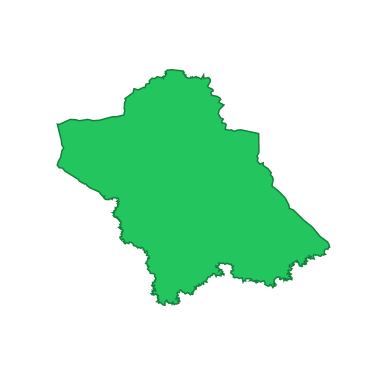 Khok Si Suphan, Sakon Nakhon, Thailand (Natural Earth projection), rotated 103°
{"feature_id": "78962969B94983517253563", "entity_name": "Khok Si Suphan", "entity_type": "district", "adm_level": 2, "iso_a3": "THA", "parent_name": "Thailand", "parent_adm1": "Sakon Nakhon", "projection": "natural_earth1", "projection_center": [104.331, 17.029], "detail": "fine", "context": "isolated", "style": "filled", "palette": "green", "viewbox_px": 384, "rotation_deg": 103, "n_neighbors": 0, "source": "geoboundaries", "source_scale": "gbopen_adm2", "svg_char_len": 6011}
<svg xmlns="http://www.w3.org/2000/svg" viewBox="0 0 384 384"><g transform="rotate(103 192 192)"><path d="M225.7,53.9L225.6,52.0L223.7,51.4L223.9,49.8L222.7,47.9L222.0,49.3L218.7,49.8L217.3,48.6L217.2,46.7L215.1,46.3L214.8,45.5L211.9,47.1L210.1,48.8L206.6,57.1L199.1,66.9L194.8,75.9L186.6,89.4L186.1,93.6L183.0,94.6L176.8,99.9L172.8,106.0L168.0,115.5L161.5,115.7L159.2,117.0L157.5,119.6L155.5,119.1L152.2,123.2L150.1,128.7L147.5,129.2L149.7,132.3L146.9,135.4L143.8,135.4L142.8,136.8L138.3,135.7L120.1,140.2L120.4,158.0L121.3,161.3L123.4,164.3L122.6,168.0L123.5,169.6L123.5,173.8L118.6,173.9L117.8,175.0L117.9,178.5L116.6,178.9L113.9,177.9L113.4,180.8L109.8,184.0L105.6,183.9L100.0,180.4L98.8,185.6L97.4,186.2L95.4,184.8L94.1,186.1L93.2,189.2L93.3,194.5L91.0,196.0L89.8,195.7L88.9,194.2L88.0,194.3L87.2,195.4L86.5,199.5L85.4,200.6L80.3,199.0L78.6,199.3L77.1,200.8L76.9,201.9L78.8,206.0L75.4,207.0L79.9,208.5L78.8,212.1L79.7,213.3L78.6,214.0L80.2,216.1L80.4,217.1L79.8,217.4L80.8,218.3L80.3,219.0L81.5,219.4L81.9,220.7L81.5,223.9L80.7,223.9L80.5,224.8L79.7,224.5L79.9,225.3L78.9,225.5L78.6,227.1L77.2,227.4L77.0,226.8L76.1,227.9L77.4,239.0L78.8,243.5L80.9,245.1L81.4,244.4L82.3,244.7L82.1,243.8L82.8,243.4L83.3,244.1L85.2,244.1L85.6,245.7L87.6,245.4L86.5,246.6L87.5,247.3L87.5,251.9L89.8,253.6L90.1,256.5L93.2,258.6L95.6,257.8L97.4,261.1L100.8,261.2L100.9,262.7L104.6,267.4L104.4,271.8L108.4,271.6L116.1,278.3L117.4,277.2L120.4,277.7L126.0,276.8L127.4,275.8L132.3,275.8L135.5,282.1L136.8,286.9L142.8,298.1L144.8,304.4L144.7,309.8L147.9,317.8L147.8,321.7L148.7,327.0L156.1,336.6L156.2,338.5L170.9,331.0L175.0,329.6L178.1,326.9L180.7,328.0L188.0,327.8L191.8,329.0L196.1,329.4L198.2,326.8L197.8,323.6L200.2,320.5L205.3,305.5L206.7,304.3L208.4,298.4L208.0,296.8L209.4,295.7L211.0,292.0L212.8,282.4L215.4,279.5L216.4,277.5L216.0,276.3L217.3,276.8L218.7,274.7L218.1,271.2L217.0,270.8L217.0,268.7L216.3,268.6L216.8,268.0L215.7,267.9L214.7,265.6L214.7,264.3L215.4,264.0L214.6,262.8L216.1,261.7L218.0,263.1L218.0,261.2L220.0,262.4L220.7,261.6L220.5,260.8L221.7,261.4L222.8,260.9L224.3,262.4L225.5,262.2L224.9,263.1L227.4,262.6L228.0,263.9L229.5,263.3L229.8,264.2L230.0,263.2L230.5,263.8L231.9,262.6L232.6,263.4L233.7,262.2L234.0,260.5L233.2,260.2L233.4,259.1L233.8,258.4L234.5,258.8L235.1,257.3L235.9,257.9L235.3,256.6L236.8,255.7L236.6,254.7L239.5,254.1L239.8,255.0L240.8,254.2L240.5,253.6L241.4,254.3L242.0,253.6L242.2,254.1L242.6,253.2L243.1,255.1L244.0,253.5L243.4,252.7L244.4,252.4L244.7,250.6L246.6,250.8L246.7,251.6L248.4,250.8L248.9,251.7L251.1,250.4L252.0,252.1L253.4,251.5L254.8,249.6L253.3,249.0L253.6,248.0L254.7,247.0L255.7,247.8L255.9,246.8L256.7,246.8L257.5,245.5L256.1,244.9L256.5,241.9L255.0,241.8L254.8,239.7L256.0,237.5L257.4,236.8L257.2,234.5L258.7,232.2L257.9,231.5L258.4,229.1L257.4,229.0L257.4,227.5L258.4,226.4L259.2,226.6L259.3,225.4L261.6,224.6L261.8,223.6L261.1,224.0L259.5,222.7L260.9,221.7L264.0,222.0L263.9,219.8L265.6,218.8L266.0,220.0L266.7,220.2L266.8,219.4L271.9,221.1L272.3,219.4L273.2,219.3L274.0,217.8L274.5,218.2L274.7,217.2L277.0,218.1L279.1,215.0L280.6,214.4L280.2,210.9L280.7,209.7L282.6,209.4L284.5,207.5L285.5,208.2L286.8,207.8L286.9,208.5L288.0,208.0L289.0,210.1L291.0,209.2L291.9,210.3L292.9,209.3L291.9,208.9L291.4,207.4L294.4,207.9L294.6,207.0L295.1,207.6L295.5,206.7L294.7,206.2L296.5,205.0L296.8,208.3L297.4,207.6L297.9,208.4L299.1,207.2L300.2,208.9L301.0,207.7L299.9,207.1L301.0,206.0L299.5,204.8L300.1,203.8L299.5,203.2L300.9,202.2L300.6,201.5L302.3,201.2L301.9,201.8L302.4,202.0L304.1,201.1L304.5,200.1L306.7,201.6L306.6,200.6L307.7,199.5L307.5,199.0L306.5,199.3L306.5,198.5L308.6,194.6L308.4,192.8L305.4,193.7L304.4,193.1L304.6,191.7L303.5,191.9L305.6,189.5L304.8,187.2L305.8,186.2L303.7,185.8L305.7,184.1L304.8,183.1L304.6,181.7L303.2,179.9L301.4,181.3L301.8,179.7L301.1,179.3L300.4,180.8L298.9,180.3L298.1,180.9L299.6,183.6L297.8,182.8L296.9,183.4L296.1,182.0L293.6,184.0L292.8,183.1L292.9,181.8L290.2,181.5L290.0,180.7L291.7,178.7L291.5,177.3L292.8,175.8L290.8,173.2L292.5,170.4L291.5,169.6L291.6,168.3L290.8,168.2L289.7,169.4L289.2,168.3L286.7,167.7L285.5,166.0L284.6,166.2L284.7,167.6L284.0,168.1L283.4,166.4L282.0,165.9L282.4,164.3L280.3,164.4L281.3,163.0L280.0,161.9L278.5,161.8L278.5,160.8L279.8,159.5L277.9,160.5L276.3,160.0L276.5,157.2L274.9,158.2L271.1,157.0L270.7,155.3L268.6,154.5L268.4,153.3L266.5,153.2L266.7,151.3L268.9,149.5L267.4,149.1L267.1,144.8L264.9,145.4L265.7,142.3L264.6,142.4L264.2,144.2L262.8,144.1L262.6,145.0L261.1,145.6L261.2,146.8L262.9,148.0L260.9,147.8L259.7,149.7L260.2,151.4L258.5,152.2L258.7,150.2L256.9,149.0L255.2,150.1L254.4,144.7L255.1,143.6L253.5,141.8L254.0,139.6L253.6,137.4L254.8,137.1L255.0,134.9L256.9,135.9L258.9,134.0L259.9,134.8L260.0,136.1L262.1,136.1L263.3,133.2L265.7,132.5L266.0,131.2L264.9,128.9L265.7,126.7L264.2,123.8L268.1,122.0L266.8,121.7L266.7,119.7L264.8,120.4L264.2,119.3L263.3,114.9L263.8,114.1L265.3,115.5L264.7,113.4L265.2,112.0L263.4,109.3L263.9,108.8L265.2,110.3L266.1,109.0L265.1,107.6L263.6,107.3L264.2,104.8L262.3,102.0L264.2,100.2L265.6,100.3L266.6,96.7L265.8,95.1L264.6,95.2L264.3,94.3L266.9,91.7L265.6,91.2L264.5,89.5L263.5,92.0L262.6,91.6L262.6,90.1L261.5,91.7L259.0,92.2L256.2,90.3L255.3,88.4L255.4,86.9L257.3,86.9L257.4,86.2L255.3,83.4L257.7,82.4L255.3,81.7L255.4,80.8L256.9,80.7L257.1,79.6L255.4,79.3L255.6,78.1L254.6,77.4L255.0,75.1L253.4,75.1L253.4,76.4L252.3,76.5L252.4,78.4L249.7,76.8L249.2,78.5L250.6,79.0L250.3,80.8L248.1,79.3L247.1,80.9L246.2,80.2L246.3,78.1L244.2,77.3L242.9,80.4L241.1,80.5L242.0,78.1L240.6,76.5L239.4,76.1L239.8,78.0L239.3,78.5L235.1,74.3L235.6,73.6L236.6,74.7L236.9,72.3L239.7,70.8L239.9,68.3L239.3,67.7L238.3,68.8L237.1,68.4L237.3,65.7L236.3,64.4L235.4,65.1L236.2,66.7L234.7,66.9L234.0,66.5L234.7,65.0L233.3,63.9L233.0,65.7L231.8,65.3L231.7,67.3L231.1,65.8L229.8,65.4L230.2,63.3L227.7,63.8L228.2,61.4L230.0,62.3L230.6,61.4L229.8,60.3L229.7,57.9L226.9,59.5L225.4,59.0L225.9,57.3L224.9,56.0L225.7,53.9Z" fill="#22c55e" stroke="#15803d" stroke-width="1.5"/></g></svg>